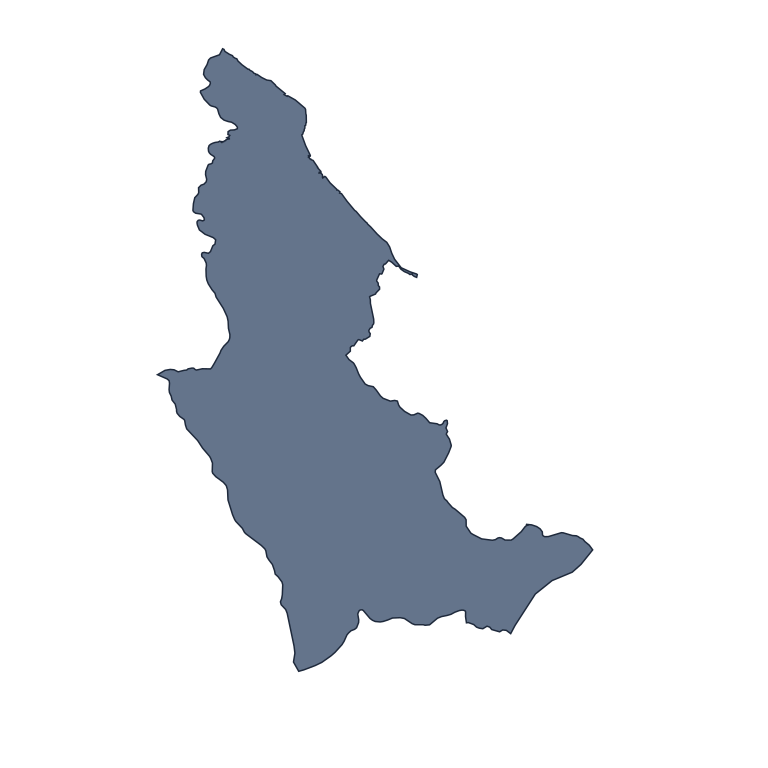 Pidie, Aceh, Indonesia (orthographic projection), rotated 11°
{"feature_id": "22746128B35853530005037", "entity_name": "Pidie", "entity_type": "district", "adm_level": 2, "iso_a3": "IDN", "parent_name": "Indonesia", "parent_adm1": "Aceh", "projection": "orthographic", "projection_center": [95.912, 5.113], "detail": "fine", "context": "isolated", "style": "filled", "palette": "slate", "viewbox_px": 768, "rotation_deg": 11, "n_neighbors": 0, "source": "geoboundaries", "source_scale": "gbopen_adm2", "svg_char_len": 6157}
<svg xmlns="http://www.w3.org/2000/svg" viewBox="0 0 768 768"><g transform="rotate(11 384 384)"><path d="M510.5,602.7L512.3,602.1L518.0,603.0L521.2,605.0L524.1,605.5L527.7,605.4L531.3,602.1L534.2,602.5L536.6,604.5L544.8,605.2L547.4,602.8L551.1,602.5L556.0,604.9L558.7,596.0L572.6,561.3L586.5,544.9L604.7,532.8L611.8,523.5L620.5,507.0L616.3,503.1L611.2,500.3L608.9,498.4L605.9,497.7L603.5,496.7L601.7,496.3L597.9,496.8L588.4,495.9L586.5,496.1L574.5,502.4L570.9,503.2L569.4,502.8L568.4,501.9L567.6,498.9L564.9,496.4L561.1,494.8L555.9,494.1L550.2,494.6L551.8,495.3L550.8,495.8L549.6,497.4L546.9,502.8L540.3,511.4L538.6,513.0L532.6,514.1L528.7,512.7L526.6,512.8L525.1,513.5L523.1,515.5L520.2,516.7L509.4,517.4L500.0,514.7L497.7,513.8L491.8,507.9L490.5,501.6L488.6,499.5L477.6,493.3L474.7,492.2L469.6,488.3L468.1,486.8L465.2,485.1L463.0,481.7L457.4,469.1L451.1,460.9L450.9,458.4L455.4,452.9L457.7,449.4L460.6,439.3L461.8,432.6L461.7,431.3L458.8,425.7L454.8,421.5L454.8,420.4L455.5,418.6L453.2,415.3L453.9,410.8L453.0,407.9L452.2,407.6L450.7,408.4L449.9,409.4L449.4,411.5L448.4,412.7L447.1,413.5L445.8,413.6L443.7,412.9L436.2,413.3L431.7,409.7L428.0,407.4L424.1,406.2L422.6,406.2L419.2,408.6L416.4,409.3L409.5,407.0L404.1,403.7L402.4,401.9L400.4,398.2L397.6,398.1L393.5,399.6L385.8,398.2L382.8,396.4L377.5,391.4L374.0,388.7L368.7,388.6L365.5,387.6L359.5,381.8L357.1,378.8L353.6,373.3L350.8,369.9L349.9,369.1L345.0,366.7L341.1,363.0L344.7,358.2L344.0,354.7L344.5,353.6L345.7,352.5L347.1,352.3L349.9,345.9L350.8,345.2L354.6,345.9L355.5,344.0L357.2,343.5L361.0,340.0L360.9,337.2L359.4,335.7L358.9,334.4L359.7,332.0L361.4,330.7L361.5,328.5L362.3,327.0L362.3,325.7L361.5,322.3L355.3,307.5L354.5,303.8L353.2,301.2L353.6,300.6L358.5,297.3L358.9,295.9L361.6,291.8L361.1,289.6L359.6,288.4L359.0,286.0L357.3,284.5L357.0,283.4L358.6,276.7L360.7,276.5L361.0,276.1L362.0,271.2L360.5,268.8L361.3,266.4L362.5,265.9L365.0,261.7L368.4,263.0L373.6,266.2L375.4,265.6L376.2,265.7L378.6,268.0L380.5,268.9L382.5,269.8L386.7,270.7L388.6,271.6L390.7,270.6L391.0,271.5L393.1,272.6L395.7,273.1L395.8,270.2L395.0,269.8L388.2,268.9L378.7,266.6L370.6,259.5L366.7,254.2L363.4,248.4L359.7,244.4L354.6,241.9L348.5,238.0L340.9,232.3L337.5,230.2L336.3,228.9L335.4,228.6L329.1,224.2L323.7,219.9L322.1,219.2L312.9,211.7L305.9,205.2L304.0,205.1L304.1,203.7L301.6,202.4L300.7,202.6L300.5,201.9L292.6,196.8L287.5,192.0L286.3,191.5L284.6,193.4L284.0,192.6L284.4,192.1L283.4,190.1L281.6,188.9L280.0,189.3L280.0,188.6L281.7,187.9L281.4,187.3L277.5,184.3L277.7,184.0L271.8,178.1L269.4,177.6L269.3,177.2L268.0,177.0L267.5,176.1L266.7,175.9L266.9,175.5L266.2,174.5L266.5,174.2L267.3,174.8L268.0,174.6L268.1,173.7L261.6,165.0L256.0,155.7L255.8,155.1L256.6,154.1L256.7,152.1L257.3,150.6L257.1,149.3L257.5,147.9L257.0,145.7L257.7,145.2L257.6,142.5L257.9,142.2L256.4,135.0L255.7,133.6L254.6,129.4L253.7,128.3L242.7,122.1L234.8,119.5L233.7,119.6L234.3,119.7L234.1,120.1L230.7,119.0L231.6,117.8L221.2,112.2L220.2,111.1L215.1,107.8L210.9,108.0L205.5,106.5L200.4,104.3L199.3,104.9L199.0,104.1L196.9,103.7L195.4,102.5L192.3,101.5L191.3,100.7L190.5,101.0L183.6,97.7L179.0,94.8L177.4,92.8L176.0,92.7L173.7,91.8L172.6,90.6L169.2,89.8L164.4,87.9L163.1,86.1L161.6,85.7L159.7,92.2L151.5,97.1L150.0,99.4L149.4,104.1L147.5,109.7L147.8,114.5L150.2,117.4L152.8,119.2L155.7,120.6L156.2,122.1L155.8,124.1L155.0,125.5L152.0,128.5L148.0,131.3L148.1,132.7L153.2,138.8L159.7,143.4L161.3,144.0L165.4,144.3L167.0,144.9L168.2,145.9L170.4,150.3L172.8,153.5L176.6,155.5L181.0,156.1L184.4,156.1L188.4,157.6L190.4,159.2L191.1,160.0L191.3,161.4L188.7,163.1L184.8,164.1L182.8,166.0L183.2,168.9L185.2,169.4L184.5,171.1L182.8,172.1L184.1,172.7L185.3,172.5L185.4,172.9L182.4,174.1L182.1,175.3L180.8,175.9L180.4,176.8L178.7,177.0L179.0,177.6L178.8,177.9L176.5,176.9L175.1,178.1L172.1,179.1L169.8,180.4L168.0,181.8L166.8,183.3L166.5,186.0L167.3,188.9L168.3,190.3L170.0,191.6L173.7,193.1L174.5,194.0L174.6,194.9L173.3,197.6L173.4,199.8L172.0,201.0L170.3,201.7L169.6,202.6L168.4,209.3L168.9,212.6L170.9,216.9L170.9,219.4L169.1,222.2L166.5,223.7L164.5,226.7L165.6,231.6L165.1,233.4L162.7,237.2L162.5,243.3L163.3,250.0L164.1,251.2L166.5,252.3L171.5,252.1L172.5,252.3L175.6,255.1L176.3,257.1L175.9,257.8L174.8,258.5L171.9,258.2L171.0,258.5L170.4,258.8L169.6,260.2L169.7,261.5L170.5,263.6L173.4,268.0L179.8,271.2L188.5,272.9L191.2,274.5L191.4,278.9L189.6,281.0L188.4,287.1L186.7,289.2L182.4,289.1L180.6,289.9L180.2,291.4L180.7,293.2L181.2,293.9L183.4,295.1L186.4,299.2L187.1,301.6L187.3,305.1L188.9,312.2L190.2,315.7L192.4,319.2L197.1,324.2L200.8,327.2L202.6,330.7L211.8,340.4L217.2,347.9L219.0,352.1L220.7,359.1L223.3,364.9L223.8,367.9L223.7,369.8L223.0,372.2L219.5,377.5L217.6,382.0L217.1,384.9L213.6,395.8L211.8,400.8L210.8,402.3L202.8,403.7L197.2,406.1L195.8,405.8L194.2,404.8L192.5,405.0L188.8,406.5L187.6,408.0L185.2,408.7L179.6,411.3L175.2,410.1L171.3,410.5L166.4,412.4L159.9,418.1L170.1,420.4L172.4,421.7L173.3,424.1L174.1,430.5L175.0,433.3L177.4,436.5L179.0,440.2L182.9,443.6L185.3,448.8L185.5,450.2L186.5,452.2L189.7,454.8L194.6,457.0L195.4,458.1L196.9,462.1L198.9,465.7L211.8,475.0L218.2,481.6L226.6,488.3L228.1,490.1L230.7,494.3L232.1,502.8L232.9,504.3L236.6,507.1L245.0,511.1L248.5,513.8L250.6,517.7L253.0,527.6L260.3,541.2L263.3,545.6L264.8,547.2L272.5,552.7L275.3,556.2L276.8,557.3L294.4,565.9L298.5,568.6L299.8,570.2L302.1,576.0L304.5,578.6L308.9,582.5L312.1,588.0L313.5,591.4L316.8,593.4L321.6,597.8L322.9,600.4L324.4,610.3L324.5,614.2L323.9,617.6L325.2,620.3L330.5,624.1L332.7,627.5L345.7,658.4L347.9,665.2L348.2,674.2L355.1,682.3L359.7,680.0L370.2,673.5L376.2,669.0L384.0,660.8L387.1,656.8L392.5,647.9L393.9,644.2L395.5,637.4L396.7,635.2L398.7,632.5L402.0,630.4L403.6,628.5L404.6,623.1L404.2,620.3L402.1,614.8L402.7,611.7L403.7,610.4L405.6,609.8L406.9,610.3L415.0,616.8L417.7,618.1L420.7,618.8L425.6,618.3L428.4,617.3L432.6,615.0L437.0,612.1L444.5,610.3L448.8,610.3L457.4,613.9L460.3,614.4L468.5,612.8L470.3,613.0L474.7,611.7L481.2,603.7L484.9,601.3L490.0,599.2L493.7,597.3L497.1,594.5L501.2,592.0L503.6,591.1L505.5,590.9L507.0,591.3L507.6,592.2L508.4,596.7L510.5,602.7Z" fill="#64748b" stroke="#1e293b" stroke-width="1.5"/></g></svg>